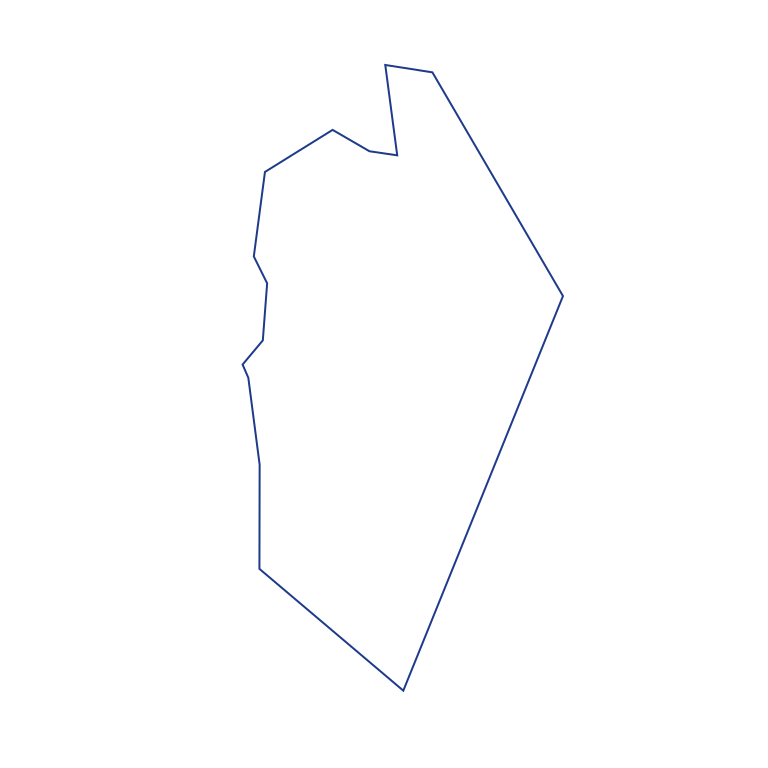 outline of Skagway, Alaska, United States of America, rotated 239°
{"feature_id": "52423323B42499529045056", "entity_name": "Skagway", "entity_type": "district", "adm_level": 2, "iso_a3": "USA", "parent_name": "United States of America", "parent_adm1": "Alaska", "projection": "equal_earth", "projection_center": [-135.23, 59.572], "detail": "fine", "context": "isolated", "style": "outline", "palette": "blue", "viewbox_px": 768, "rotation_deg": 239, "n_neighbors": 0, "source": "geoboundaries", "source_scale": "gbopen_adm2", "svg_char_len": 370}
<svg xmlns="http://www.w3.org/2000/svg" viewBox="0 0 768 768"><g transform="rotate(239 384 384)"><path d="M626.2,586.0L656.8,549.4L573.2,513.1L591.0,491.4L628.3,470.8L627.1,391.2L560.4,338.1L530.5,335.7L483.8,302.6L473.5,272.8L459.2,270.9L378.8,235.8L289.7,182.0L119.2,239.9L111.2,242.6L367.2,582.7L626.2,586.0Z" fill="none" stroke="#1e3a8a" stroke-width="2"/></g></svg>